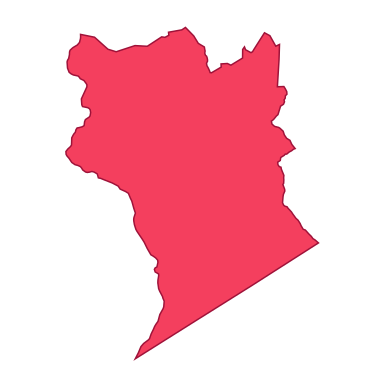 Morro Cabeça no Tempo, Piauí, Brazil, rotated 178°
{"feature_id": "56859067B6613236641364", "entity_name": "Morro Cabeça no Tempo", "entity_type": "district", "adm_level": 2, "iso_a3": "BRA", "parent_name": "Brazil", "parent_adm1": "Piauí", "projection": "natural_earth1", "projection_center": [-43.896, -9.762], "detail": "fine", "context": "isolated", "style": "filled", "palette": "rose", "viewbox_px": 384, "rotation_deg": 178, "n_neighbors": 0, "source": "geoboundaries", "source_scale": "gbopen_adm2", "svg_char_len": 2950}
<svg xmlns="http://www.w3.org/2000/svg" viewBox="0 0 384 384"><g transform="rotate(178 192 192)"><path d="M297.9,353.4L297.9,350.9L298.1,349.2L299.2,345.4L301.5,342.9L305.7,340.6L307.0,339.6L308.9,337.9L309.5,336.3L309.7,333.5L310.6,329.8L311.8,328.0L312.3,326.4L312.2,323.4L312.1,320.2L310.6,315.9L308.7,314.3L306.5,313.1L301.8,311.9L300.6,310.6L299.7,309.1L296.1,307.2L294.1,304.3L293.3,302.9L293.4,300.7L299.3,288.9L299.1,283.0L298.4,281.2L293.2,279.9L291.8,279.0L290.9,277.8L290.5,274.9L291.2,271.7L292.1,270.5L296.0,268.1L296.9,266.0L297.5,262.1L299.5,261.0L302.6,260.3L304.6,260.0L305.8,258.3L306.6,255.6L307.7,254.6L308.8,253.0L310.3,250.3L310.6,245.6L310.8,243.1L311.9,241.6L314.6,239.3L316.6,236.9L316.5,234.0L315.7,232.4L313.7,229.9L311.1,225.7L308.0,223.4L305.1,222.5L302.7,221.3L301.7,220.1L300.4,217.8L297.7,215.7L296.0,215.2L293.9,215.4L291.3,216.0L289.3,215.4L287.8,214.5L286.0,213.3L285.1,209.4L282.8,208.8L278.8,207.0L271.4,203.8L265.6,200.5L263.7,197.4L258.4,194.8L255.6,192.9L253.8,188.0L252.5,185.1L250.7,177.6L249.3,172.9L250.9,168.5L251.2,166.9L251.2,165.2L250.7,161.4L249.4,156.7L248.3,154.5L245.8,150.5L243.4,146.7L241.5,143.4L238.7,137.1L235.3,130.7L233.1,129.3L230.7,127.5L228.7,125.1L228.5,122.9L229.7,118.3L231.4,117.5L232.3,116.0L231.6,113.4L228.3,111.3L228.2,109.7L229.1,105.2L229.3,102.3L228.7,96.5L227.8,94.1L225.1,88.5L224.8,87.0L223.6,83.9L224.2,78.5L224.8,76.7L228.4,70.7L230.5,63.9L232.5,61.3L234.0,59.0L235.3,56.2L237.7,51.7L238.3,50.2L239.5,47.1L240.5,45.9L245.6,42.3L248.4,39.3L251.2,33.2L254.5,27.3L189.9,64.9L134.7,96.9L123.2,103.7L67.4,136.7L70.7,139.8L72.8,141.2L74.3,143.5L76.7,146.0L80.0,150.0L82.2,150.9L84.2,154.6L85.0,156.7L87.0,160.1L89.0,162.0L92.0,166.4L93.3,168.6L96.5,172.3L97.5,173.9L99.9,174.7L100.9,175.7L101.9,178.1L101.2,184.1L100.7,186.5L99.2,189.7L99.3,191.5L100.9,196.3L100.1,197.5L99.8,201.0L99.9,202.9L99.6,205.4L101.9,211.7L102.2,213.7L103.9,214.3L105.2,216.4L105.3,218.8L102.7,220.4L102.1,223.4L98.6,225.4L97.5,226.6L96.0,226.6L93.4,228.6L91.1,229.7L89.1,231.2L87.4,231.8L90.6,236.1L92.3,240.2L95.6,242.4L97.7,245.8L98.8,249.6L101.8,252.6L103.1,253.5L107.2,254.7L109.7,257.1L110.2,260.1L108.9,260.9L107.6,262.0L105.0,265.0L103.4,266.3L100.5,274.7L97.5,276.5L96.4,278.9L96.8,280.8L95.6,282.4L95.3,284.9L93.7,286.4L93.8,289.0L95.1,291.8L96.5,294.2L103.0,294.2L100.4,321.3L99.4,336.4L100.8,335.8L103.2,334.8L108.7,345.5L114.0,348.6L124.9,332.7L126.6,330.1L128.2,329.2L133.5,332.3L134.5,335.2L136.4,332.7L136.8,324.1L148.7,317.4L152.2,319.2L158.5,319.0L158.5,315.8L168.3,310.5L169.7,310.7L170.3,312.6L171.4,315.3L172.7,317.8L173.0,320.2L171.9,322.2L171.9,323.9L172.2,325.7L172.7,327.2L173.8,328.2L174.4,330.3L174.0,332.4L174.3,334.3L174.6,336.5L180.5,340.3L184.8,347.9L192.8,356.7L196.5,354.4L209.9,352.5L209.7,349.4L213.6,347.5L216.9,348.1L222.5,344.7L231.6,339.2L243.9,340.3L262.9,334.8L271.0,337.6L284.0,350.1L297.9,353.4Z" fill="#f43f5e" stroke="#9f1239" stroke-width="1.5"/></g></svg>